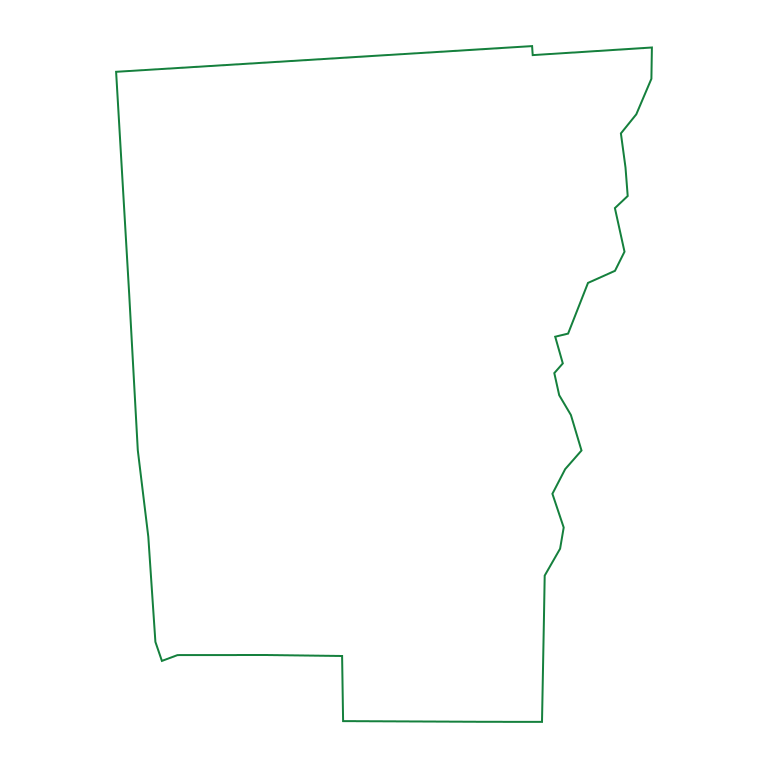 Chenango, New York, United States of America
{"feature_id": "52423323B14203500513931", "entity_name": "Chenango", "entity_type": "district", "adm_level": 2, "iso_a3": "USA", "parent_name": "United States of America", "parent_adm1": "New York", "projection": "albers", "projection_center": [-75.501, 42.47], "detail": "fine", "context": "isolated", "style": "outline", "palette": "green", "viewbox_px": 768, "rotation_deg": 0, "n_neighbors": 0, "source": "geoboundaries", "source_scale": "gbopen_adm2", "svg_char_len": 578}
<svg xmlns="http://www.w3.org/2000/svg" viewBox="0 0 768 768"><path d="M137.8,450.3L148.3,536.7L155.4,641.9L161.9,660.9L177.5,655.1L265.7,655.0L342.1,656.0L343.1,721.1L482.7,721.8L542.0,721.9L544.0,615.5L544.7,575.6L560.1,548.7L563.7,527.5L552.4,493.8L565.2,469.1L581.5,450.5L570.9,415.0L559.2,395.2L554.3,373.1L562.8,363.4L555.2,336.7L568.1,333.6L588.0,282.9L615.0,270.8L624.5,251.7L614.9,208.1L627.7,196.0L625.5,167.5L620.9,133.4L636.3,114.3L651.4,78.8L651.9,47.5L532.7,55.1L532.1,46.1L116.1,71.8L129.2,294.3L137.8,450.3Z" fill="none" stroke="#15803d" stroke-width="2"/></svg>